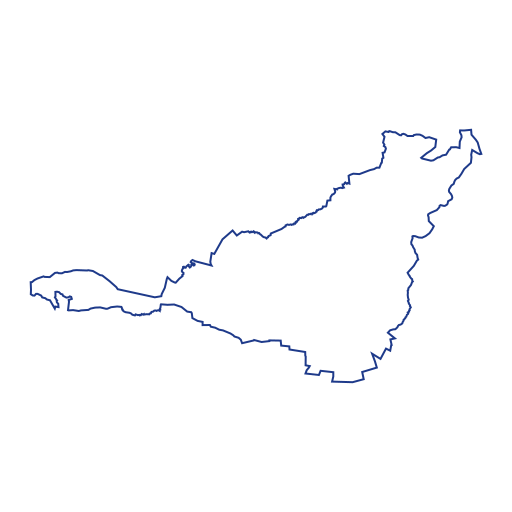 the district of Lazarea, Harghita, Romania
{"feature_id": "2599482B18628071663922", "entity_name": "Lazarea", "entity_type": "district", "adm_level": 2, "iso_a3": "ROU", "parent_name": "Romania", "parent_adm1": "Harghita", "projection": "orthographic", "projection_center": [25.497, 46.771], "detail": "fine", "context": "isolated", "style": "outline", "palette": "blue", "viewbox_px": 512, "rotation_deg": 0, "n_neighbors": 0, "source": "geoboundaries", "source_scale": "gbopen_adm2", "svg_char_len": 6067}
<svg xmlns="http://www.w3.org/2000/svg" viewBox="0 0 512 512"><path d="M352.6,382.2L363.7,379.2L362.2,372.0L376.8,367.6L375.0,361.5L372.1,353.7L380.5,358.9L386.0,348.6L390.2,350.7L391.3,344.8L391.6,344.8L390.4,339.4L394.9,338.4L387.9,332.7L390.1,330.3L393.2,329.4L395.4,329.2L397.4,327.3L397.9,326.1L398.9,325.0L400.6,324.6L402.3,323.4L402.6,322.2L403.6,320.6L403.6,319.8L405.3,318.2L405.4,317.4L406.3,316.7L406.9,314.8L407.9,314.1L408.3,313.1L407.8,312.4L409.1,311.6L409.0,310.9L409.6,310.2L409.4,310.0L409.6,309.1L410.8,307.3L409.9,306.1L410.1,305.3L408.8,303.6L408.9,303.1L407.9,300.9L408.7,299.8L408.0,297.6L407.7,294.9L407.9,292.8L407.7,290.5L408.2,290.1L408.4,288.2L411.0,285.0L412.1,282.0L412.8,281.5L412.3,280.7L412.1,279.1L411.3,278.6L410.3,277.3L409.6,276.3L409.6,275.8L408.7,274.8L407.6,272.7L413.8,265.9L416.9,260.6L418.2,259.6L417.6,257.9L417.1,254.8L415.4,252.9L414.8,251.0L414.7,249.7L413.1,247.1L412.5,245.5L411.4,244.3L411.2,242.1L412.6,238.2L412.4,236.4L413.1,236.0L415.3,236.2L418.8,237.5L422.1,237.7L425.6,236.1L429.5,233.2L432.2,229.3L433.8,226.2L428.8,221.1L428.6,217.2L428.0,215.4L428.2,214.3L430.2,213.0L436.8,210.1L439.4,207.2L439.6,205.8L440.6,205.1L443.9,205.9L444.8,205.9L445.9,205.3L447.2,204.4L447.6,203.6L448.1,201.2L451.6,199.3L452.3,197.7L452.0,196.0L451.1,194.2L449.1,191.8L448.9,190.4L449.3,188.9L451.4,185.5L453.7,183.9L454.4,181.6L455.2,180.0L456.7,178.5L458.8,177.5L461.4,173.8L464.2,169.0L470.9,162.8L471.5,157.3L471.2,154.7L472.2,150.0L477.5,153.2L479.8,154.2L481.3,153.9L479.5,148.9L477.7,142.5L475.8,139.7L471.5,134.7L471.1,129.8L464.0,130.5L460.1,130.4L459.9,132.3L461.4,135.2L461.6,137.3L459.8,141.6L459.5,148.0L456.2,147.2L451.1,147.3L449.9,149.4L449.2,149.6L446.1,154.7L442.5,155.4L439.6,157.2L437.8,157.5L433.4,160.3L431.0,160.7L422.0,158.5L421.2,157.8L426.8,153.2L431.1,150.5L435.3,147.0L436.2,139.6L429.2,137.2L425.5,138.0L422.5,135.8L419.8,134.6L416.4,134.5L413.8,135.1L413.2,136.0L407.5,136.0L405.4,134.5L403.4,133.8L402.0,134.2L401.1,135.3L399.7,135.1L395.4,132.3L392.8,132.2L389.6,131.1L389.1,131.2L388.6,132.0L385.4,131.4L382.4,134.0L384.5,136.8L383.1,142.6L384.4,144.6L383.8,146.0L385.4,147.1L385.9,148.7L384.5,152.4L382.6,152.8L383.4,157.8L382.2,158.6L381.8,162.7L381.3,162.9L379.4,167.7L376.6,167.7L374.1,169.1L370.0,170.1L359.4,174.1L353.3,173.7L350.3,174.8L348.6,175.8L349.4,183.6L347.7,183.0L346.9,183.8L345.3,182.4L344.8,182.8L344.2,184.2L342.6,184.5L342.8,185.8L343.9,187.6L342.2,188.1L340.9,187.7L339.1,188.0L336.6,189.0L336.7,189.3L334.4,188.9L335.2,191.4L335.0,192.6L333.6,194.1L332.3,194.5L330.9,196.5L330.4,197.7L330.4,200.3L327.4,200.6L326.3,206.1L325.9,206.5L322.9,206.5L322.8,207.6L321.8,208.7L320.1,209.4L318.8,209.4L318.2,209.8L318.1,210.1L317.1,210.4L316.9,210.9L316.6,210.6L315.8,212.4L314.5,213.1L313.6,212.8L313.0,213.5L312.7,213.3L312.1,214.1L311.9,213.7L310.9,213.7L310.2,214.2L308.9,214.1L308.3,214.8L307.3,214.7L305.3,216.8L304.2,217.4L303.2,217.3L303.1,217.7L302.2,217.3L301.3,218.1L300.2,218.0L300.3,218.6L299.8,217.9L299.3,218.2L299.0,218.9L298.7,218.6L298.1,218.9L298.2,220.1L296.9,221.2L297.2,221.2L296.9,221.8L296.0,221.8L295.8,222.7L295.4,222.6L295.1,223.7L293.9,223.6L293.6,224.3L293.3,224.1L291.6,224.9L290.9,224.4L289.0,224.9L287.4,224.5L285.6,225.4L285.6,226.4L284.6,226.8L281.5,229.0L270.8,233.5L270.6,235.2L268.6,236.0L268.1,237.2L267.6,237.2L266.6,238.5L265.4,237.5L263.6,237.1L262.6,236.4L260.8,234.6L260.1,234.3L259.2,233.1L258.3,233.3L258.2,232.9L256.9,232.3L255.7,232.5L254.1,231.6L254.1,232.3L253.2,231.6L252.2,232.1L251.2,231.6L250.9,231.7L251.2,232.2L249.6,232.6L248.3,231.3L244.1,232.2L242.1,231.7L236.8,235.5L232.6,230.5L222.5,239.3L214.3,253.9L211.6,253.1L210.3,261.7L210.7,264.0L211.5,265.5L195.4,261.3L192.5,260.0L191.2,261.0L190.7,262.0L192.3,263.3L194.0,263.4L194.7,264.3L194.4,265.3L193.5,265.5L192.7,264.3L191.8,264.2L191.3,264.6L191.3,265.5L190.8,266.7L189.8,267.5L188.7,266.2L188.8,264.9L188.4,264.7L186.3,266.5L185.7,267.7L185.0,267.8L183.9,266.7L183.1,266.9L183.0,268.5L182.3,269.3L181.8,271.0L182.3,272.0L183.5,272.9L183.4,274.3L182.2,275.1L182.5,276.1L179.3,278.7L175.7,282.7L174.7,282.5L171.4,280.9L167.5,277.2L166.8,279.0L164.8,287.8L161.7,294.1L161.3,296.2L154.8,297.3L117.7,289.2L116.3,287.1L109.6,281.2L102.3,275.5L100.0,275.1L92.9,271.0L88.1,270.2L87.2,270.5L76.5,270.1L73.2,270.4L70.8,271.3L67.1,272.0L65.0,271.9L61.9,273.3L58.7,273.2L57.4,272.6L55.0,272.9L49.8,277.1L44.6,276.9L43.6,276.4L37.5,278.5L34.4,280.1L32.0,282.1L30.7,282.2L31.0,289.8L30.8,294.2L32.8,295.5L34.5,295.6L36.0,293.9L37.7,293.9L41.2,295.6L42.2,297.4L45.3,298.2L46.9,299.5L50.0,300.3L54.8,308.6L55.4,306.6L58.5,307.1L58.2,303.7L56.9,302.4L56.6,300.4L56.9,300.3L54.9,297.3L55.5,296.4L55.4,291.9L57.0,291.7L59.1,292.2L60.7,293.9L62.5,294.4L63.0,295.8L66.4,297.6L68.5,297.3L69.8,296.4L71.2,296.9L71.8,298.9L68.7,300.0L69.0,301.8L68.0,310.2L68.7,310.4L73.1,310.1L78.8,311.0L81.0,310.4L88.4,309.9L90.5,308.6L95.1,307.6L100.2,307.4L106.1,308.8L107.5,308.7L111.0,307.2L117.2,306.5L121.4,306.9L121.8,307.6L122.0,309.0L122.7,309.5L122.6,310.3L124.0,311.5L125.6,312.2L129.5,312.8L131.1,313.5L132.3,314.7L134.4,315.3L135.0,315.4L135.6,314.4L137.9,315.1L139.2,314.9L139.8,315.4L140.4,314.9L140.9,315.1L141.8,314.0L143.0,314.6L143.8,314.1L143.9,314.6L146.4,314.2L149.3,314.3L149.6,313.6L150.9,313.3L151.2,312.3L151.5,311.9L153.0,311.7L154.3,310.6L155.8,310.5L156.6,310.9L157.4,310.4L158.7,310.3L159.7,310.9L159.7,310.0L160.3,309.7L160.2,309.2L160.0,309.5L159.7,309.1L160.4,307.7L160.8,304.6L161.0,304.3L167.5,304.8L174.1,304.5L181.5,307.0L187.2,311.6L191.2,312.2L191.8,313.2L192.4,318.1L197.6,320.9L202.6,321.9L202.6,325.1L209.9,325.0L210.8,326.7L215.2,327.7L219.2,329.7L223.0,330.4L230.5,333.5L233.3,335.3L234.4,336.5L238.6,337.8L240.8,339.7L242.1,343.2L253.9,340.4L254.1,340.0L261.6,342.0L269.4,341.1L269.4,340.4L280.7,340.6L281.2,345.6L289.3,346.4L289.5,349.5L305.2,352.0L305.3,355.7L305.7,356.5L305.6,365.3L309.7,366.1L308.8,367.7L306.7,370.2L305.5,373.5L318.9,375.0L320.6,370.8L333.3,372.2L333.3,376.5L332.1,381.6L352.6,382.2Z" fill="none" stroke="#1e3a8a" stroke-width="2"/></svg>